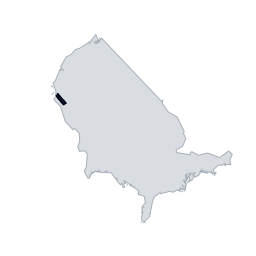 Riverside, California, United States of America shown in context, rotated 50°
{"feature_id": "52423323B62695195222235", "entity_name": "Riverside", "entity_type": "district", "adm_level": 2, "iso_a3": "USA", "parent_name": "United States of America", "parent_adm1": "California", "projection": "albers", "projection_center": [-115.203, 33.753], "detail": "fine", "context": "in_parent", "style": "filled", "palette": "ink", "viewbox_px": 256, "rotation_deg": 50, "n_neighbors": 0, "source": "geoboundaries", "source_scale": "gbopen_adm2", "svg_char_len": 4332}
<svg xmlns="http://www.w3.org/2000/svg" viewBox="0 0 256 256"><g transform="rotate(50 128 128)"><path d="M198.4,83.0L209.7,76.8L210.3,65.6L215.2,65.1L218.0,70.5L222.2,72.9L218.5,76.4L218.7,77.6L217.4,76.6L217.3,79.4L214.5,82.5L214.7,89.2L217.7,90.7L218.9,89.7L218.1,88.9L218.7,89.2L219.4,90.3L215.9,92.9L214.6,91.9L214.9,93.8L210.6,96.2L208.1,99.9L208.0,98.5L207.3,97.8L207.6,101.3L208.8,101.4L209.6,104.2L208.6,108.5L205.3,107.4L205.9,104.7L204.8,106.8L206.4,108.9L208.0,109.9L208.8,111.3L207.9,118.0L207.5,114.2L203.9,111.8L204.1,107.8L202.2,109.7L205.0,114.5L202.1,113.9L201.4,114.3L201.5,112.4L201.3,112.0L201.0,113.5L201.3,114.6L205.5,115.2L205.1,116.5L202.9,115.3L202.2,115.2L205.0,116.6L206.0,116.7L205.9,118.2L204.5,117.6L206.9,118.9L206.6,119.3L205.4,118.6L203.1,119.0L206.5,119.8L208.1,119.1L211.6,123.1L208.7,120.1L210.1,122.3L206.7,123.0L209.9,124.5L210.8,123.3L210.2,126.0L206.9,126.5L209.1,126.9L207.9,128.6L210.1,128.6L206.9,130.4L206.3,134.6L203.4,136.7L199.3,145.3L198.2,144.8L197.7,151.5L198.0,153.0L200.5,157.0L209.7,168.4L210.4,175.9L208.0,177.1L204.3,174.3L202.9,171.4L198.2,169.0L198.9,167.0L197.2,167.6L196.5,162.8L191.0,159.5L185.1,162.5L183.2,160.2L176.9,161.7L177.4,160.4L176.6,161.8L174.0,163.0L173.4,161.0L173.3,162.6L164.9,165.2L168.8,165.3L168.0,167.5L171.3,168.7L170.1,170.0L166.4,168.3L166.7,170.3L162.2,170.5L159.3,168.6L158.1,170.2L151.5,169.6L148.4,173.1L149.2,172.1L147.1,171.8L146.7,175.4L143.3,178.3L144.1,177.4L141.5,177.6L142.6,178.5L139.9,180.5L139.4,184.4L137.9,184.0L139.2,184.8L140.0,188.2L141.6,190.1L140.8,190.9L133.2,189.5L130.8,184.8L121.8,175.9L117.8,175.8L114.6,180.2L109.7,178.1L107.2,173.6L100.7,168.7L93.7,169.2L93.9,171.3L82.7,171.9L68.1,165.8L58.7,166.6L57.4,163.0L53.5,159.6L45.5,156.6L45.5,154.1L39.4,142.5L39.7,141.4L40.9,142.9L40.2,140.4L43.1,140.4L37.7,140.3L33.8,129.6L35.1,124.1L34.1,117.8L35.8,113.9L37.3,102.6L39.8,103.1L37.0,102.3L38.0,99.3L37.1,99.2L35.8,92.7L41.9,94.3L40.5,97.6L42.6,95.3L42.3,98.1L40.8,98.7L41.8,98.9L43.0,97.8L43.6,95.0L42.1,90.5L129.4,85.2L129.1,83.6L131.4,86.0L141.7,86.8L151.2,83.3L166.6,87.1L167.7,88.9L173.3,90.6L177.1,97.9L175.8,105.1L178.0,106.7L188.3,97.7L186.8,95.0L187.7,94.1L194.1,91.5L198.4,83.0ZM212.5,96.9L214.3,95.7L208.2,100.5L213.0,95.9L212.5,96.9ZM42.4,93.2L43.2,95.1L43.1,95.4L42.0,93.9L42.4,93.2ZM141.4,189.5L139.9,186.7L139.7,185.0L140.1,186.7L141.4,189.5ZM219.0,76.4L219.4,77.3L219.0,77.2L219.0,76.4ZM159.5,169.5L159.9,170.1L159.1,169.7L159.5,169.5ZM48.5,159.6L49.5,159.3L48.5,159.6ZM47.5,159.3L47.1,159.8L46.8,159.3L47.5,159.3ZM217.7,92.2L217.4,93.0L217.2,92.9L217.7,92.2ZM140.0,183.3L139.6,184.8L140.5,181.9L140.0,183.3ZM206.8,164.6L208.6,166.9L206.6,164.4L206.8,164.6ZM53.3,162.1L53.7,162.8L53.2,162.1L53.3,162.1ZM210.9,176.1L210.4,177.2L211.1,175.0L210.9,176.1ZM212.5,124.6L212.1,125.9L211.8,123.3L212.5,124.6ZM41.7,91.7L41.7,92.3L41.3,92.0L41.7,91.7ZM142.7,179.1L141.4,179.9L142.7,178.9L142.7,179.1ZM219.6,91.6L219.9,92.2L219.2,92.3L219.6,91.6ZM53.2,164.1L53.5,165.1L53.0,164.2L53.2,164.1ZM141.2,180.5L140.7,181.0L141.1,180.3L141.2,180.5ZM208.9,112.5L208.6,114.1L208.8,111.9L208.9,112.5ZM148.1,173.7L147.3,174.4L148.4,173.3L148.1,173.7ZM198.1,152.1L198.3,153.2L198.0,152.5L198.1,152.1ZM210.5,128.7L210.3,129.0L210.8,127.9L210.5,128.7ZM187.2,161.6L186.4,162.5L185.9,162.5L187.2,161.6ZM173.5,162.9L173.4,163.2L172.8,163.3L173.5,162.9ZM201.7,171.8L202.1,172.5L201.5,171.8L201.7,171.8ZM171.2,165.2L171.2,165.9L170.8,164.7L171.2,165.2ZM209.1,178.7L208.5,179.0L209.3,178.5L209.1,178.7ZM209.6,104.7L209.5,105.5L209.5,104.4L209.6,104.7ZM211.6,126.4L211.3,126.7L211.3,126.8L211.6,126.4Z" fill="#d9dde1" stroke="#a8b0b8" stroke-width="1"/><path d="M69.1,159.5L66.1,159.5L65.8,159.5L64.3,159.7L63.2,159.7L62.0,159.7L61.2,159.7L60.4,159.7L59.6,159.7L59.6,159.8L58.9,159.8L58.5,159.8L58.4,159.7L57.9,159.7L57.3,159.6L57.2,159.6L57.2,159.8L57.0,160.1L56.8,160.1L56.8,160.3L56.7,160.3L57.0,160.8L57.2,161.1L57.5,161.2L57.7,161.4L57.5,161.6L57.3,161.9L57.3,162.1L57.9,162.1L58.0,162.2L58.3,162.3L58.7,162.4L58.9,162.5L59.1,162.5L59.8,162.5L62.7,162.5L62.8,162.5L65.2,162.5L67.6,162.5L68.4,162.5L68.4,162.4L68.5,162.3L68.5,162.2L68.8,162.0L68.8,161.9L68.8,161.7L68.8,161.4L68.9,161.2L68.9,160.9L68.8,160.7L68.9,160.4L68.8,160.2L69.0,160.0L69.0,159.9L69.1,159.7L69.1,159.5Z" fill="#0f172a" stroke="#020617" stroke-width="1.5"/></g></svg>